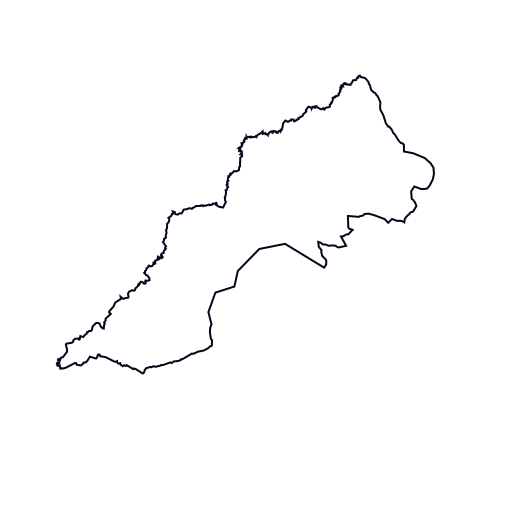 Asante Akim Central Municipal, Ashanti, Ghana (Robinson projection), rotated 37°
{"feature_id": "2480657B1767599566587", "entity_name": "Asante Akim Central Municipal", "entity_type": "district", "adm_level": 2, "iso_a3": "GHA", "parent_name": "Ghana", "parent_adm1": "Ashanti", "projection": "robinson", "projection_center": [-1.254, 6.565], "detail": "fine", "context": "isolated", "style": "outline", "palette": "ink", "viewbox_px": 512, "rotation_deg": 37, "n_neighbors": 0, "source": "geoboundaries", "source_scale": "gbopen_adm2", "svg_char_len": 6082}
<svg xmlns="http://www.w3.org/2000/svg" viewBox="0 0 512 512"><g transform="rotate(37 256 256)"><path d="M354.1,119.6L351.1,117.7L347.8,116.6L346.0,116.7L341.0,111.0L340.6,105.2L347.3,103.2L349.7,101.6L352.1,99.1L352.3,95.3L351.1,88.4L348.7,83.3L344.6,78.7L339.8,76.9L331.9,76.2L319.8,79.3L311.3,83.5L307.2,78.2L305.3,77.8L303.6,78.6L300.0,77.9L293.9,75.4L292.1,75.3L287.6,73.1L284.1,72.6L283.7,73.1L279.8,71.8L272.9,66.9L267.6,64.5L265.7,62.7L262.9,58.4L257.0,55.1L255.9,55.2L253.2,54.1L252.0,54.5L247.9,54.0L244.2,51.0L242.4,50.6L241.6,49.5L238.2,48.6L235.7,48.3L232.0,50.0L230.5,49.4L230.0,49.8L229.6,50.9L230.4,52.1L229.5,52.8L230.0,55.2L227.8,57.2L228.4,61.0L228.0,61.9L228.4,62.5L224.6,64.7L224.6,64.1L223.0,64.3L222.2,65.8L222.7,66.3L222.6,67.4L222.1,67.9L222.8,68.2L221.7,68.5L222.3,69.2L221.9,70.2L223.0,70.2L222.8,71.3L223.4,71.4L223.3,73.2L224.3,73.7L224.4,76.8L225.1,77.2L225.1,78.5L223.3,80.6L223.8,81.4L222.7,82.2L222.2,83.4L222.9,83.5L222.9,84.5L223.9,86.2L223.8,88.1L224.2,88.0L224.4,88.7L223.9,90.8L225.1,92.0L224.7,93.3L222.7,95.3L222.3,96.2L222.5,97.9L221.8,98.2L220.7,97.6L219.9,99.5L219.2,99.8L216.1,100.3L214.2,100.0L214.0,102.2L213.6,102.4L213.0,101.2L211.5,102.9L211.7,104.4L211.3,103.9L211.1,104.6L209.4,104.5L208.0,105.3L208.1,109.7L209.1,110.2L209.1,111.6L208.4,114.1L208.8,116.2L206.9,120.5L207.6,120.9L207.1,122.2L206.3,122.7L206.6,123.3L205.7,125.3L205.3,125.5L204.0,124.5L202.0,125.6L202.4,126.7L201.9,126.8L200.9,129.6L198.0,130.1L197.8,133.5L200.6,139.3L199.8,140.1L200.5,140.6L200.7,141.8L200.1,141.5L199.6,142.4L199.1,142.4L198.2,144.3L199.0,144.6L198.3,145.2L195.9,144.8L195.7,145.5L195.1,145.7L195.2,146.9L194.5,146.4L194.3,147.3L193.8,146.9L193.0,147.6L192.3,149.8L192.7,150.7L191.9,151.6L192.5,152.3L191.8,152.2L190.4,153.0L189.4,152.2L188.0,154.3L186.3,152.5L185.9,155.2L184.4,158.4L184.7,160.7L183.7,160.4L183.3,161.8L181.7,163.2L180.7,163.3L180.4,164.6L179.2,164.4L177.5,166.8L176.6,166.4L177.4,167.5L176.7,167.4L176.3,168.5L177.1,168.6L176.7,171.1L178.0,171.7L177.1,174.5L176.7,174.7L178.0,176.0L178.2,175.7L178.6,176.6L177.3,180.1L178.7,179.4L178.9,180.5L178.5,180.9L179.2,182.0L179.6,181.2L180.3,181.8L180.8,181.0L181.7,181.0L182.0,182.0L182.9,182.2L182.5,184.2L183.8,183.6L184.8,184.4L184.4,187.2L189.3,194.1L189.1,195.1L190.7,197.7L189.3,200.3L187.5,201.3L186.9,205.1L186.0,205.3L185.8,206.1L186.8,206.7L186.4,207.7L186.9,208.9L186.0,209.1L187.8,212.6L188.6,212.6L188.4,214.4L189.4,215.2L189.6,216.3L190.2,216.0L190.4,217.3L192.2,217.7L192.0,218.6L192.9,220.8L192.2,221.8L193.6,223.0L195.5,226.3L195.7,228.0L196.7,228.5L197.5,230.0L199.4,231.0L200.5,237.1L196.9,238.9L193.5,239.2L192.8,237.5L192.2,237.5L191.3,239.5L189.9,240.2L190.1,241.3L188.4,243.3L187.6,243.1L185.7,246.0L184.4,246.7L183.9,247.9L183.1,247.6L182.6,248.4L181.6,248.6L181.4,249.4L178.0,252.2L177.4,254.4L176.4,255.6L176.5,256.8L174.0,257.9L172.5,260.3L170.4,262.4L171.0,266.7L169.1,268.2L168.7,269.9L167.0,270.9L165.8,270.9L164.8,269.8L162.8,270.5L164.3,271.3L164.0,273.1L163.6,273.2L164.2,274.9L163.1,278.2L164.0,278.3L165.4,279.9L165.9,281.8L165.6,283.6L168.4,287.8L168.6,289.6L170.5,291.2L171.7,294.2L173.0,295.4L172.9,296.4L172.2,297.1L173.6,300.3L173.4,300.9L178.4,302.5L178.5,304.4L179.7,304.6L179.4,307.8L180.4,309.0L179.2,310.9L179.5,312.5L180.6,312.8L181.1,314.3L181.6,314.0L181.6,312.8L182.3,313.2L181.7,314.8L180.1,314.9L179.7,315.5L180.6,316.7L180.3,317.1L179.3,316.8L178.9,315.6L178.1,315.6L179.6,318.6L178.3,320.4L178.9,321.5L178.0,323.0L178.5,323.5L179.6,322.2L180.1,322.6L179.0,324.5L179.2,326.3L177.8,327.9L176.3,328.0L176.1,328.7L176.6,330.1L176.0,331.6L176.7,333.6L176.5,334.9L177.2,335.8L176.9,336.8L179.9,337.4L181.1,336.9L184.0,337.8L185.5,339.4L184.4,341.0L182.5,342.1L182.9,343.1L184.1,343.7L184.3,344.4L183.3,345.5L180.7,345.2L179.5,345.9L179.2,349.0L180.0,348.6L180.1,349.1L179.2,354.4L179.8,356.3L179.5,357.1L177.8,357.8L176.2,360.7L176.2,362.4L177.1,363.9L178.7,365.1L179.0,366.2L176.9,368.3L176.2,369.7L175.2,370.2L172.4,370.0L174.0,371.5L171.6,377.8L172.6,382.2L172.1,388.5L172.5,389.4L174.9,389.6L173.6,396.6L174.8,398.1L174.7,400.5L175.8,400.9L176.3,402.7L178.1,405.6L177.1,406.1L174.3,405.7L171.7,404.2L170.6,404.2L168.6,405.8L168.0,410.1L168.4,412.1L169.3,413.1L169.4,415.2L167.8,416.3L167.8,417.4L166.9,418.3L167.5,420.0L167.0,421.4L166.8,424.7L163.9,425.7L165.4,428.8L165.0,429.3L163.5,429.0L161.5,430.8L160.8,432.9L161.5,434.4L161.2,436.0L157.3,440.2L157.6,441.4L161.3,444.3L162.7,446.2L162.7,453.1L161.5,454.4L162.1,457.2L160.6,456.7L160.2,457.2L160.3,458.2L162.1,458.1L163.3,459.9L162.8,461.1L161.6,460.8L161.6,461.7L163.5,463.1L164.1,462.9L165.1,461.4L167.4,463.7L168.5,462.5L168.9,462.7L171.1,460.1L175.8,450.5L176.5,449.8L178.3,450.7L182.0,448.8L182.7,446.2L182.5,444.9L183.9,443.6L184.4,441.8L184.0,436.3L189.9,434.2L190.1,432.4L189.1,429.9L189.6,429.4L190.5,428.9L192.0,429.8L196.6,427.3L206.6,425.5L207.7,424.8L208.3,423.6L209.3,424.6L210.7,424.8L212.0,423.3L213.1,424.3L216.0,424.2L216.5,422.5L218.4,422.1L218.4,421.0L226.0,420.2L226.2,419.3L228.0,418.7L236.2,418.0L236.7,416.4L236.0,414.9L235.7,411.9L238.4,408.2L239.5,407.7L240.3,405.9L242.7,404.7L245.7,401.0L245.9,400.1L247.2,399.3L251.1,393.3L251.7,392.6L252.9,392.4L253.8,389.7L257.3,386.4L258.6,384.0L258.3,383.6L259.5,382.3L263.6,372.4L264.9,371.8L267.1,367.5L271.2,362.9L273.1,358.9L273.8,355.6L274.7,354.2L271.6,349.7L269.8,349.3L264.9,344.5L262.5,340.6L261.6,337.4L251.7,329.4L245.6,309.7L257.1,293.4L250.5,278.9L254.4,248.4L271.9,228.8L317.4,224.3L317.2,220.7L315.2,217.7L313.8,216.8L308.8,216.1L305.6,213.4L304.8,211.9L300.6,210.9L297.2,207.3L299.7,206.4L302.1,206.6L305.6,204.6L307.5,204.3L311.4,201.0L313.7,199.9L315.9,199.9L317.2,199.1L321.8,193.6L312.1,189.3L313.8,187.7L315.2,184.4L316.7,183.0L317.4,177.0L313.8,178.1L312.6,177.7L305.3,168.7L314.4,163.0L315.1,161.6L316.9,159.7L317.5,157.1L320.3,154.5L325.7,152.3L336.6,149.1L341.6,149.9L342.3,144.6L347.7,143.0L350.0,141.0L352.2,140.1L354.2,139.9L352.6,136.9L352.4,134.8L352.9,131.1L353.4,130.3L353.0,129.2L353.5,127.6L354.7,126.1L354.1,119.6Z" fill="none" stroke="#020617" stroke-width="2"/></g></svg>